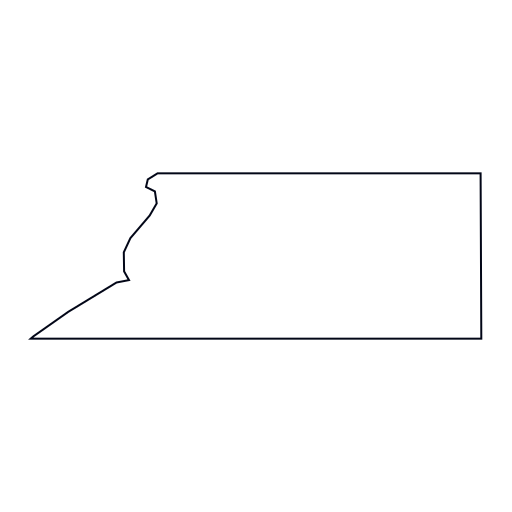 the district of Bristol Bay, Alaska, United States of America
{"feature_id": "52423323B97700503252046", "entity_name": "Bristol Bay", "entity_type": "district", "adm_level": 2, "iso_a3": "USA", "parent_name": "United States of America", "parent_adm1": "Alaska", "projection": "natural_earth1", "projection_center": [-156.978, 58.751], "detail": "fine", "context": "isolated", "style": "outline", "palette": "ink", "viewbox_px": 512, "rotation_deg": 0, "n_neighbors": 0, "source": "geoboundaries", "source_scale": "gbopen_adm2", "svg_char_len": 328}
<svg xmlns="http://www.w3.org/2000/svg" viewBox="0 0 512 512"><path d="M157.6,173.3L147.8,179.4L146.0,187.0L154.9,191.4L156.7,203.4L149.7,215.5L130.4,238.1L123.8,252.3L124.1,271.4L129.0,280.1L116.5,282.5L68.3,311.8L33.6,336.2L30.7,338.7L481.3,338.7L480.6,173.3L157.6,173.3Z" fill="none" stroke="#020617" stroke-width="2"/></svg>